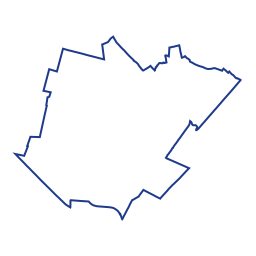 outline of Dobrosloveni, Olt, Romania
{"feature_id": "2599482B22275602888784", "entity_name": "Dobrosloveni", "entity_type": "district", "adm_level": 2, "iso_a3": "ROU", "parent_name": "Romania", "parent_adm1": "Olt", "projection": "orthographic", "projection_center": [24.382, 44.168], "detail": "fine", "context": "isolated", "style": "outline", "palette": "blue", "viewbox_px": 256, "rotation_deg": 0, "n_neighbors": 0, "source": "geoboundaries", "source_scale": "gbopen_adm2", "svg_char_len": 5486}
<svg xmlns="http://www.w3.org/2000/svg" viewBox="0 0 256 256"><path d="M160.2,198.6L160.7,197.9L167.0,191.0L167.2,190.9L168.3,189.4L171.2,186.4L171.9,185.6L173.9,183.8L179.8,178.1L181.5,176.2L187.2,170.1L188.4,168.9L189.1,168.2L170.2,159.9L166.7,158.4L166.4,158.2L165.9,157.8L167.0,156.2L167.2,155.6L167.6,154.9L167.8,154.7L168.0,154.6L168.7,153.7L169.0,153.3L169.4,152.6L169.6,152.4L170.1,151.8L170.7,151.0L171.7,149.5L171.9,149.1L172.0,148.9L172.2,148.4L172.3,148.3L172.4,148.2L172.7,148.0L172.8,148.0L172.9,147.8L173.0,147.6L173.6,146.7L173.7,146.4L173.8,146.2L174.2,145.7L174.4,145.4L174.7,145.0L175.6,143.8L175.8,143.6L176.0,143.4L176.3,142.9L177.4,141.4L177.6,141.2L178.2,140.1L179.9,138.0L180.3,137.4L181.8,135.2L183.1,133.5L183.9,132.3L185.4,130.2L185.8,129.7L187.1,127.9L187.7,127.1L188.0,126.7L188.5,125.9L188.7,125.6L189.0,125.2L189.3,124.7L189.4,124.3L189.6,123.7L189.7,123.3L189.8,122.8L190.0,121.7L190.1,121.1L190.9,121.7L191.2,122.0L191.3,122.3L191.5,122.6L191.7,123.1L192.2,124.4L192.4,124.8L192.7,125.0L193.1,125.1L193.9,125.3L194.2,125.3L194.7,125.2L195.0,125.2L195.5,125.2L196.0,125.5L196.3,125.7L196.5,125.9L196.7,126.2L197.0,126.8L197.3,127.4L197.4,127.6L197.2,128.0L196.8,128.3L196.6,128.6L196.4,128.9L196.3,129.2L196.2,129.5L196.1,129.9L196.2,130.2L196.4,130.2L196.7,130.0L196.9,129.9L197.5,129.4L197.8,129.2L198.0,129.0L198.3,128.8L198.9,128.1L201.9,124.6L202.8,123.6L206.9,118.9L208.8,116.7L214.2,110.5L216.0,108.5L217.3,107.0L219.1,104.9L221.2,102.5L222.6,100.8L230.1,92.3L233.9,87.9L237.0,84.3L238.5,82.5L239.2,81.7L240.6,80.1L240.6,79.9L240.3,79.7L239.8,79.6L239.3,79.2L238.9,79.1L238.4,78.8L238.1,78.8L237.9,78.6L237.6,78.4L236.9,78.1L236.6,78.1L236.3,78.3L236.0,78.1L235.1,77.2L233.6,75.5L233.1,74.9L232.4,74.7L231.9,74.3L231.2,73.7L230.6,73.0L229.3,71.5L228.2,72.8L227.3,72.0L226.9,71.7L226.6,71.4L226.1,70.9L225.9,70.6L224.9,69.8L224.2,69.4L223.6,68.7L222.5,69.9L222.1,70.7L219.4,69.8L219.0,69.6L218.5,69.4L217.7,69.1L215.5,68.4L215.1,68.2L214.6,68.1L214.4,68.1L214.2,68.1L213.6,68.3L213.3,68.3L212.9,68.4L212.2,68.5L211.7,68.7L211.3,68.8L209.8,68.9L208.8,69.0L208.2,69.0L207.4,68.9L206.1,68.5L205.2,68.2L203.0,67.1L202.0,66.8L200.9,66.5L199.1,66.0L198.4,65.7L197.4,65.3L196.0,64.7L195.0,64.3L194.2,63.9L193.5,63.4L193.0,63.1L191.7,62.4L190.2,61.8L190.1,61.7L190.0,61.4L189.7,60.5L189.8,60.2L188.3,58.8L187.4,58.4L186.5,57.8L185.6,56.6L185.4,56.4L185.2,56.2L184.8,56.3L184.6,56.3L184.4,56.6L184.3,56.8L184.0,57.0L183.7,57.1L183.4,57.2L182.4,57.6L181.8,57.7L181.6,56.9L181.3,55.2L180.3,51.1L180.0,49.0L179.2,45.3L177.4,45.8L175.1,46.3L173.5,46.8L172.4,46.9L172.2,46.9L171.6,47.1L171.0,47.3L170.5,47.3L169.8,47.6L169.4,47.6L169.2,51.0L169.0,54.0L168.8,56.4L168.4,56.2L168.1,56.1L167.9,56.0L167.5,55.9L167.3,55.8L167.0,55.5L166.7,55.5L166.4,55.4L165.6,55.4L165.4,55.4L165.3,55.5L165.3,55.8L165.3,56.1L165.4,56.5L165.6,57.1L165.8,58.1L166.0,59.1L166.1,60.0L166.1,60.6L166.3,61.4L166.4,61.8L166.5,62.2L166.5,62.5L166.1,62.6L165.3,62.8L164.7,63.0L164.4,63.0L164.2,62.7L163.8,62.6L163.5,62.6L163.3,62.6L163.2,62.7L162.9,63.0L162.5,63.3L162.3,63.3L162.1,63.1L161.8,63.1L161.2,63.2L160.7,63.2L160.2,63.0L159.9,63.0L159.7,63.0L159.3,63.1L159.1,63.3L158.9,63.5L158.7,63.7L158.3,64.5L158.1,64.7L157.9,64.9L157.7,65.1L157.4,65.2L157.1,65.7L157.1,66.0L156.9,66.4L156.6,66.7L156.5,66.9L156.3,67.0L156.3,66.7L156.1,66.8L155.7,67.4L155.7,67.5L155.7,67.9L155.7,68.1L155.5,68.3L155.1,68.8L155.0,69.0L154.9,69.3L154.9,69.5L155.0,69.7L155.1,69.8L155.0,70.3L154.8,70.5L154.4,70.0L153.3,69.0L152.9,68.6L151.9,67.5L150.7,66.2L150.5,65.9L149.7,66.5L149.2,66.9L147.8,67.8L147.0,68.3L145.3,69.3L144.8,69.6L144.3,69.9L143.7,70.3L143.3,70.5L143.0,70.5L142.8,70.4L142.7,70.3L142.5,70.2L142.2,69.7L141.9,69.3L141.5,68.9L141.4,68.8L141.0,68.5L140.7,67.8L140.2,67.2L139.5,66.5L139.0,65.8L138.6,65.1L138.2,64.4L137.9,64.0L137.3,63.4L136.4,62.5L135.3,61.7L133.8,60.8L133.7,60.7L133.8,60.4L133.6,60.1L129.3,56.0L127.4,54.0L125.7,52.1L124.8,51.1L124.1,50.3L122.9,49.2L120.7,47.0L119.4,45.5L117.9,43.9L117.2,43.2L116.7,42.7L116.1,41.8L115.2,40.2L114.5,39.1L113.2,36.7L112.3,37.3L111.2,38.1L110.7,38.6L110.2,39.1L108.1,42.0L106.6,42.7L104.4,43.6L102.4,44.5L102.2,44.5L104.1,59.4L87.7,55.2L80.7,53.3L70.4,50.7L70.0,50.7L63.0,48.7L61.1,55.8L56.9,71.5L49.2,69.2L44.3,87.8L43.5,90.8L50.7,92.3L49.6,95.6L49.3,96.7L48.6,97.1L48.4,97.2L47.5,97.3L46.3,105.3L46.8,105.6L44.4,116.1L42.0,127.1L39.8,137.1L30.4,136.8L30.2,137.5L27.2,146.1L27.9,146.3L26.7,149.3L24.2,155.8L15.4,154.0L17.2,155.9L18.1,156.9L24.6,163.5L25.9,164.9L26.9,166.0L28.2,167.2L29.6,168.6L31.9,171.0L34.3,173.4L36.5,175.6L38.0,177.2L38.8,178.0L40.1,179.4L43.3,182.6L45.8,185.0L46.8,186.1L48.8,188.0L49.5,188.7L55.8,195.0L58.8,197.8L60.7,199.7L62.0,200.9L65.4,204.2L65.9,204.6L68.2,206.1L70.3,207.4L70.4,207.1L70.4,205.3L70.5,200.4L70.7,200.2L79.7,200.9L88.7,201.5L89.3,202.2L90.6,203.5L91.3,204.0L91.8,204.4L92.5,204.8L93.2,205.2L94.0,205.5L95.4,205.9L97.4,206.3L108.0,207.1L110.8,207.4L111.3,207.5L112.3,207.7L113.4,208.0L113.8,208.2L114.2,208.4L115.2,209.0L115.9,209.5L116.7,210.0L117.5,210.7L118.2,211.4L118.6,212.0L119.2,212.8L119.7,213.7L119.9,214.2L120.3,214.0L120.6,214.8L122.1,219.2L122.2,219.3L122.3,219.2L124.0,215.8L125.1,213.8L127.3,209.5L128.4,207.6L129.2,205.9L129.9,204.4L130.9,202.5L131.9,200.6L132.0,200.3L132.2,200.2L133.2,199.7L138.1,196.8L138.4,196.6L138.6,196.6L139.4,195.5L139.7,194.9L142.7,190.9L143.4,189.9L148.5,192.6L153.4,195.1L156.1,196.6L160.2,198.6Z" fill="none" stroke="#1e3a8a" stroke-width="2"/></svg>